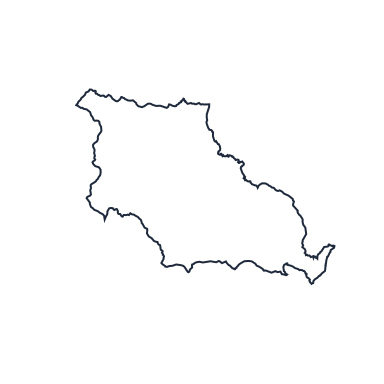 Pasto, Nariño, Colombia (Mercator projection), rotated 149°
{"feature_id": "7082276B828212266438", "entity_name": "Pasto", "entity_type": "district", "adm_level": 2, "iso_a3": "COL", "parent_name": "Colombia", "parent_adm1": "Nariño", "projection": "mercator", "projection_center": [-77.263, 1.088], "detail": "fine", "context": "isolated", "style": "outline", "palette": "slate", "viewbox_px": 384, "rotation_deg": 149, "n_neighbors": 0, "source": "geoboundaries", "source_scale": "gbopen_adm2", "svg_char_len": 6043}
<svg xmlns="http://www.w3.org/2000/svg" viewBox="0 0 384 384"><g transform="rotate(149 192 192)"><path d="M168.7,86.1L165.4,81.9L161.3,81.2L160.0,79.3L157.2,78.2L157.3,75.3L155.5,73.8L154.4,72.4L153.7,72.1L152.9,72.3L153.7,73.6L153.6,76.1L154.0,76.8L152.3,80.7L150.7,82.0L147.3,82.0L147.1,81.6L147.8,80.5L145.1,77.8L143.8,75.9L142.9,73.7L140.6,71.2L140.2,69.7L138.9,69.2L137.8,68.2L137.2,66.9L136.7,66.7L136.4,66.0L136.3,64.2L136.7,63.8L136.7,63.1L136.1,62.6L136.9,61.8L137.4,60.2L137.2,59.1L136.5,58.2L136.1,56.2L137.1,55.5L137.0,54.8L137.3,54.2L136.8,51.7L136.2,51.9L135.1,51.5L133.8,53.1L131.9,53.8L128.2,54.0L126.8,54.6L125.8,54.3L124.9,54.8L124.0,54.7L123.0,55.3L118.8,55.8L117.4,57.3L116.8,58.4L115.8,59.4L115.5,60.4L114.9,60.5L114.3,61.7L113.7,62.0L112.5,63.7L109.5,66.8L109.0,66.6L108.4,66.9L105.4,68.9L104.1,69.3L103.8,70.1L102.9,70.8L99.0,71.0L97.7,72.3L98.1,73.0L98.8,73.4L99.3,73.0L99.6,73.2L101.6,76.5L102.0,76.5L103.1,75.3L104.4,75.6L107.0,76.8L111.9,74.4L113.1,74.4L113.8,73.8L115.9,73.6L117.3,72.7L118.9,70.4L119.3,72.0L119.9,72.1L119.8,73.4L120.1,74.0L119.8,74.3L121.2,73.8L121.7,73.3L121.4,74.6L123.7,75.0L124.0,77.0L125.5,77.9L125.7,78.8L126.9,79.2L126.3,81.1L126.7,81.8L125.3,82.5L124.9,83.5L124.7,84.7L125.8,88.0L124.2,89.0L124.1,90.8L123.7,91.7L122.6,92.5L122.1,93.6L115.8,97.1L113.2,103.1L113.5,106.6L112.6,109.5L111.5,111.0L111.2,112.2L111.3,115.8L111.9,117.4L112.0,119.4L111.8,120.7L111.0,121.5L112.3,128.2L111.8,129.3L109.5,131.4L109.8,132.8L109.2,134.1L111.2,139.3L113.9,143.1L114.6,146.0L116.1,148.3L117.6,148.5L118.9,149.9L119.4,151.1L119.7,153.4L121.1,154.6L121.8,156.5L122.8,157.8L123.1,159.0L124.5,161.4L127.4,163.3L129.8,163.4L132.2,163.0L132.9,162.1L133.5,161.8L133.3,162.6L133.7,164.6L134.8,165.5L136.6,167.9L136.7,169.1L137.0,169.7L136.5,171.1L136.9,171.5L137.9,171.7L138.9,172.7L139.6,174.9L140.4,174.8L140.3,176.8L140.6,177.2L139.4,178.2L139.1,177.2L138.7,177.6L139.1,178.4L138.8,178.8L139.0,182.5L138.0,187.3L136.8,188.4L135.8,188.2L135.2,188.7L134.1,188.5L133.1,189.2L132.9,189.8L133.3,192.3L134.0,192.2L135.3,193.0L136.2,192.5L136.9,192.7L137.2,193.9L135.9,194.5L135.6,195.4L136.0,196.2L138.0,196.9L137.8,197.3L138.7,199.6L138.6,200.5L139.3,201.3L138.9,201.7L139.2,202.2L140.7,203.9L141.5,203.8L141.5,204.4L142.3,204.6L142.5,205.2L142.8,205.0L143.0,204.1L143.5,204.7L143.4,205.2L145.1,205.4L145.9,206.1L146.3,206.6L146.3,207.3L147.3,206.9L147.5,208.0L147.1,208.9L147.2,209.7L147.8,209.9L148.9,209.5L149.9,211.0L149.7,211.9L149.1,212.5L148.7,212.5L148.5,213.1L146.4,213.4L145.4,214.7L144.6,216.8L144.4,219.1L145.1,219.7L145.2,223.2L146.1,223.2L146.4,224.5L145.3,229.1L143.2,232.3L143.7,233.3L143.3,233.8L143.5,235.1L145.1,236.5L144.9,237.0L145.1,238.7L144.1,243.4L143.5,244.6L142.0,245.7L141.0,248.3L139.3,251.0L133.5,256.1L132.1,258.3L136.3,260.6L138.0,262.0L139.2,262.3L139.6,263.0L140.1,264.7L143.2,265.1L144.3,265.8L144.7,266.6L146.5,267.7L146.9,268.7L150.4,269.9L150.7,270.7L150.7,271.8L151.2,272.5L150.9,273.4L151.4,273.5L151.5,274.6L150.9,275.8L151.3,276.4L152.1,275.7L152.9,275.8L154.1,275.1L154.9,275.4L155.2,274.6L157.5,274.9L158.3,274.3L160.4,274.5L161.2,273.9L162.4,274.2L164.3,275.9L165.5,278.0L166.5,278.9L168.6,277.3L170.3,277.1L174.8,282.3L178.5,284.3L181.1,287.3L181.7,288.6L183.2,289.9L184.7,290.4L188.7,290.1L191.2,290.5L193.8,293.2L194.4,295.7L194.1,297.2L195.4,301.0L197.6,301.9L199.9,303.6L200.5,304.9L201.5,305.9L201.8,307.4L202.8,308.5L203.1,309.4L203.7,309.8L205.8,308.6L208.8,308.1L209.6,308.4L210.5,309.3L212.1,312.9L212.2,316.0L213.5,318.2L216.7,317.7L217.7,318.6L217.9,319.9L218.4,320.4L221.1,321.5L221.5,322.8L222.3,323.4L222.7,325.0L223.8,325.9L223.6,327.0L222.8,327.5L222.6,328.2L223.1,328.9L224.6,329.4L225.4,331.5L226.9,332.5L228.8,331.5L231.8,331.9L233.8,330.4L236.7,329.7L238.3,329.6L239.7,328.6L243.0,327.8L244.7,326.5L245.6,326.5L246.5,326.0L245.7,325.0L243.9,321.3L242.5,320.6L242.2,319.3L239.8,317.1L238.2,313.0L239.0,309.6L238.7,307.4L239.2,304.4L238.6,303.1L236.9,302.3L235.6,301.2L235.4,299.6L236.2,297.9L236.4,294.6L238.1,291.2L238.7,290.6L243.3,288.7L244.6,287.4L245.2,286.1L245.9,285.3L247.4,284.3L250.5,284.1L252.2,283.6L252.8,283.0L253.5,281.4L253.7,278.6L254.7,277.0L255.8,275.9L256.6,272.9L257.6,272.3L258.4,271.2L258.3,269.6L259.2,269.2L260.7,269.2L262.0,268.7L262.1,268.3L262.2,266.6L261.6,264.0L259.3,261.4L259.0,260.7L258.9,258.2L260.3,255.7L262.2,253.6L264.4,252.8L265.7,251.8L267.7,251.4L268.6,250.8L270.0,250.5L274.2,250.5L275.2,250.1L275.8,249.3L276.5,247.5L278.4,245.8L279.9,241.9L281.1,241.4L284.3,241.7L285.5,241.0L285.0,235.7L285.7,234.4L286.3,231.2L285.3,229.0L284.9,227.0L282.7,224.2L281.8,221.9L279.9,218.8L279.6,216.8L281.0,213.4L278.0,215.6L276.3,216.5L275.4,217.4L274.7,218.8L271.5,220.6L269.7,220.1L268.1,218.7L268.2,217.2L267.9,216.6L265.7,216.4L265.2,215.9L265.4,213.7L266.3,212.4L266.4,211.4L265.9,210.7L264.9,210.1L264.9,208.0L264.4,206.7L264.0,206.6L263.0,207.3L262.3,207.4L260.1,206.0L258.7,205.7L257.9,204.7L255.8,205.5L255.0,203.8L253.4,202.5L252.8,201.0L251.2,198.4L250.9,196.4L250.2,194.7L250.5,192.6L251.1,191.1L250.8,189.8L251.0,186.4L250.7,185.4L249.4,183.5L250.2,182.0L251.9,179.8L252.0,177.0L251.8,175.8L250.4,173.3L249.8,169.5L248.4,167.8L247.3,166.9L247.8,165.3L247.6,164.0L246.8,163.1L246.8,162.6L248.3,159.2L248.4,158.3L247.6,156.9L247.9,156.0L249.0,155.5L248.9,153.8L249.4,153.3L249.0,152.3L249.2,151.1L250.2,150.4L250.9,149.2L254.8,146.9L254.5,145.2L253.1,142.3L253.3,141.8L251.8,140.6L249.5,140.2L247.0,138.9L242.9,138.0L239.3,135.1L237.6,133.3L237.0,131.5L236.8,125.8L236.2,125.0L235.2,125.2L233.6,126.6L230.8,127.2L229.6,129.5L229.1,129.8L227.8,129.4L226.5,129.7L224.8,129.6L221.6,128.4L219.0,126.0L211.8,123.1L207.4,119.3L204.6,119.1L203.7,117.8L203.0,115.6L198.7,115.0L198.8,113.4L198.2,110.4L197.5,109.6L196.7,106.1L195.1,103.7L194.6,103.7L193.9,104.4L192.9,104.1L192.1,104.7L190.2,105.1L189.6,105.6L187.3,105.8L182.8,105.7L179.3,103.9L177.1,102.3L176.2,101.2L174.6,97.8L174.5,95.6L172.9,93.4L171.0,89.6L171.1,88.0L170.8,87.4L169.9,87.3L168.7,86.1Z" fill="none" stroke="#1e293b" stroke-width="2"/></g></svg>